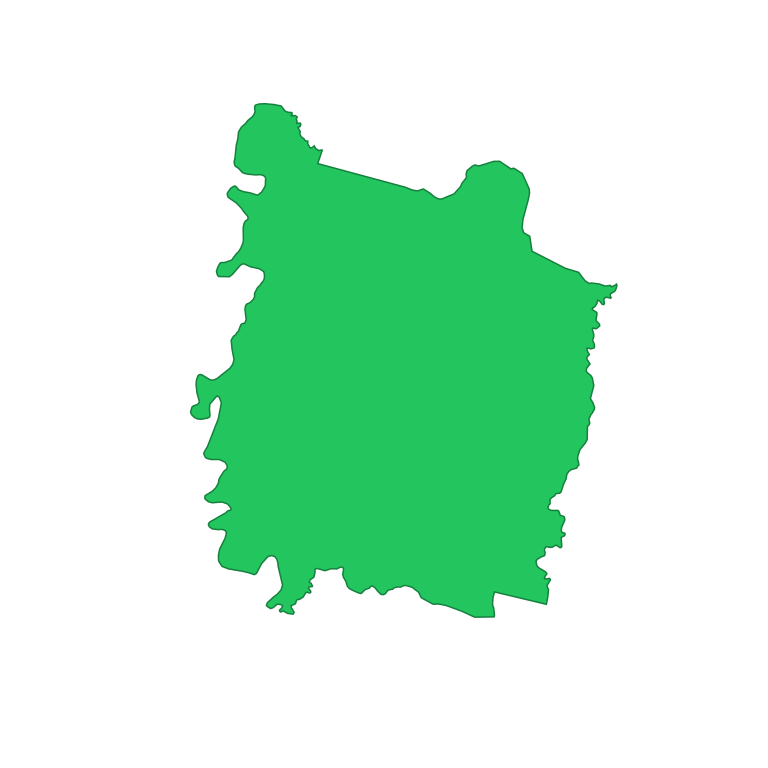 the district of Pisaflores, Hidalgo, Mexico, rotated 118°
{"feature_id": "50627088B64688657513585", "entity_name": "Pisaflores", "entity_type": "district", "adm_level": 2, "iso_a3": "MEX", "parent_name": "Mexico", "parent_adm1": "Hidalgo", "projection": "orthographic", "projection_center": [-98.985, 21.231], "detail": "fine", "context": "isolated", "style": "filled", "palette": "green", "viewbox_px": 768, "rotation_deg": 118, "n_neighbors": 0, "source": "geoboundaries", "source_scale": "gbopen_adm2", "svg_char_len": 6171}
<svg xmlns="http://www.w3.org/2000/svg" viewBox="0 0 768 768"><g transform="rotate(118 384 384)"><path d="M621.1,441.3L620.2,434.3L615.7,420.7L614.3,415.4L613.2,409.0L611.2,407.7L599.8,407.7L590.7,405.4L588.2,402.6L587.7,399.2L589.1,396.3L591.7,393.8L594.9,391.7L609.1,379.2L614.2,378.2L619.9,379.6L624.4,381.7L631.8,384.3L634.7,383.9L635.3,382.2L635.5,378.7L633.6,376.9L628.7,374.9L627.2,372.0L627.4,369.5L629.8,369.1L632.7,370.1L633.7,369.2L633.8,368.0L632.0,366.8L631.7,366.1L631.8,361.4L630.2,357.0L629.6,356.0L627.8,356.2L625.0,360.8L623.4,361.9L619.6,359.0L616.1,359.7L615.1,359.3L613.9,357.5L610.2,355.4L604.9,355.0L604.0,354.2L603.6,351.9L602.9,351.0L602.0,351.0L601.1,351.8L599.7,354.9L599.0,355.1L598.1,354.5L596.5,352.2L596.0,352.2L594.2,354.8L594.2,356.9L591.6,357.3L587.5,355.2L583.1,356.3L580.3,357.8L578.7,357.0L578.2,356.2L576.6,348.5L572.0,344.1L569.4,338.8L565.8,336.3L565.4,334.0L566.4,332.8L571.2,331.2L573.5,329.3L576.2,325.0L579.8,321.4L580.8,318.8L581.0,316.1L580.5,309.3L579.9,306.2L579.3,305.6L574.3,304.1L571.3,301.2L568.5,300.4L567.8,299.4L568.2,295.9L569.8,292.6L571.2,287.9L570.2,285.5L568.4,284.3L564.7,283.8L563.0,282.5L561.2,280.0L559.2,279.4L556.6,276.4L555.7,274.2L552.3,271.5L551.2,268.5L550.3,263.7L551.6,255.7L555.2,250.8L555.4,237.9L555.0,236.3L553.5,234.3L552.2,231.2L550.4,225.2L548.1,208.5L547.3,194.5L537.9,177.4L536.1,178.0L530.0,182.2L529.0,183.6L526.8,185.1L521.4,187.5L515.7,188.8L502.3,137.2L495.7,139.2L488.3,142.2L486.5,144.6L485.4,145.4L478.7,145.1L478.0,146.2L478.1,146.9L480.2,149.3L480.4,151.1L477.6,151.5L475.4,151.0L474.6,151.6L473.9,153.9L473.7,160.0L473.2,162.5L472.2,164.2L469.1,166.6L466.8,166.4L462.6,163.8L460.1,161.6L457.3,162.5L455.4,164.3L454.2,164.8L452.0,164.6L451.1,163.8L450.5,161.1L449.2,158.9L445.8,156.8L445.5,155.9L445.9,151.7L445.2,150.9L443.9,150.8L436.3,155.5L433.0,153.2L431.2,153.8L430.9,154.9L431.5,157.2L430.3,158.6L427.5,159.8L419.8,160.4L418.4,160.9L416.5,162.7L417.1,166.8L414.3,169.9L414.0,171.1L417.1,176.9L417.3,180.0L415.9,181.4L413.2,181.6L411.9,181.1L407.9,183.2L405.9,182.7L402.6,180.9L400.0,180.7L398.0,177.6L396.3,177.0L388.0,178.4L382.2,178.7L378.1,180.1L374.7,179.9L371.8,178.6L367.9,174.5L365.4,174.4L364.5,173.8L363.4,174.2L360.5,176.7L360.2,177.4L356.5,179.1L349.7,180.1L342.1,178.6L337.7,178.5L326.0,184.4L323.9,183.8L321.8,184.0L318.9,186.6L313.5,186.9L312.1,186.5L307.6,186.4L305.8,187.1L302.5,190.7L300.0,194.9L286.9,198.0L280.9,202.9L279.4,205.3L278.5,210.3L277.3,211.7L275.2,212.5L269.6,211.5L266.6,216.8L264.5,217.4L261.6,216.4L260.2,218.9L257.4,221.7L256.4,220.7L256.0,218.0L253.4,215.4L252.0,215.7L249.8,217.4L247.4,220.4L244.3,220.8L241.8,222.0L237.7,225.9L236.8,225.9L236.1,224.9L236.2,223.8L235.4,222.4L231.4,220.8L230.0,221.9L228.4,226.7L221.7,229.0L221.0,229.8L220.5,235.0L219.5,235.5L218.6,235.5L218.3,234.9L216.1,234.0L212.7,233.8L210.3,234.8L209.5,234.3L209.8,231.6L211.2,228.9L210.7,227.2L209.3,227.2L205.9,229.8L204.2,229.3L203.1,228.7L201.8,224.1L201.2,223.9L200.3,225.5L198.1,226.4L194.0,223.9L191.8,223.7L187.7,224.5L187.3,225.2L186.0,225.9L187.5,225.7L191.4,228.7L190.7,230.5L193.6,234.4L194.7,241.0L197.4,248.2L198.9,250.1L198.4,255.1L194.0,264.6L196.7,278.3L197.3,315.6L185.1,324.7L184.9,331.6L181.1,335.5L173.4,338.6L153.7,343.1L146.9,345.2L143.4,347.6L133.3,360.7L132.5,370.0L132.8,371.2L134.5,372.5L133.1,386.5L135.9,391.6L147.0,402.6L147.9,406.6L150.3,408.3L156.5,410.8L159.8,410.2L163.0,408.1L169.9,409.4L173.9,409.1L183.2,411.4L193.8,420.1L195.1,423.4L195.1,427.5L193.9,432.8L193.3,440.8L197.9,445.2L199.4,449.9L200.3,457.7L220.5,546.0L206.5,548.3L206.7,549.1L208.7,551.4L208.2,552.6L208.3,554.8L206.5,557.4L209.1,558.5L210.2,560.1L207.5,564.3L205.3,565.3L206.1,567.1L206.1,568.1L205.0,569.9L204.6,573.3L202.4,575.9L200.4,576.5L197.9,580.5L196.5,579.3L195.9,579.5L195.8,579.0L193.6,579.4L193.0,580.4L194.7,583.5L192.5,584.3L191.2,585.9L189.1,585.9L188.8,586.5L188.7,588.6L190.6,591.3L190.2,592.2L188.9,591.8L187.8,592.4L187.8,593.4L189.1,596.2L189.5,599.3L186.8,605.3L188.8,612.1L192.4,620.7L195.3,625.6L198.0,628.3L199.1,628.6L201.4,627.6L203.9,625.7L207.1,625.3L210.1,625.8L215.2,627.9L219.2,628.6L224.2,630.5L229.6,630.8L236.7,628.0L242.4,626.6L253.8,621.9L258.2,620.6L259.9,619.5L261.4,617.7L261.9,613.6L263.8,608.1L263.4,605.3L262.2,601.5L259.7,595.6L257.0,591.0L256.5,588.2L257.1,586.1L257.9,585.1L264.9,581.8L271.8,582.1L276.1,583.9L276.9,585.4L278.1,592.1L280.1,598.1L280.5,600.8L280.7,603.6L279.1,607.5L279.4,609.1L282.9,611.2L288.0,611.9L289.6,611.8L291.7,610.1L292.4,609.0L293.4,599.5L295.7,592.6L297.9,588.3L299.8,583.2L301.2,581.9L303.0,581.6L305.2,582.9L308.3,582.9L312.1,581.7L323.0,575.7L325.6,574.8L331.3,574.2L335.9,574.6L338.1,575.5L346.2,576.7L351.6,581.8L353.3,585.0L354.6,585.5L359.1,585.6L363.2,584.8L365.7,582.6L366.8,580.6L361.9,570.9L358.4,569.3L346.7,566.6L345.3,566.0L343.6,564.2L343.2,556.9L340.9,548.7L340.9,545.2L341.5,542.6L344.3,540.5L347.3,539.1L350.7,539.0L351.4,539.5L355.3,539.9L358.1,540.9L363.9,540.9L365.7,540.5L367.0,539.4L370.6,539.1L375.1,540.5L378.0,542.8L379.7,543.0L383.2,541.9L391.9,535.9L395.6,535.5L397.3,537.6L399.0,538.2L405.9,537.3L408.0,538.1L409.7,537.9L412.5,539.3L417.1,539.5L424.6,534.5L432.8,527.9L437.8,526.8L442.6,527.5L457.4,533.9L459.2,535.2L461.3,537.3L461.9,540.0L461.4,549.1L461.9,550.8L462.8,551.7L464.3,552.1L468.7,551.4L472.5,549.8L479.7,544.9L486.4,538.6L488.1,538.5L490.2,539.5L492.7,542.0L494.5,542.7L499.4,541.7L501.4,539.6L502.6,535.5L502.4,532.3L501.0,528.8L496.8,523.7L494.9,522.5L493.1,523.1L487.7,526.6L483.4,528.3L473.1,526.0L472.9,523.4L476.9,518.8L492.4,514.0L522.0,510.5L528.0,510.8L530.3,510.4L532.7,507.1L532.8,505.2L531.7,500.9L528.0,493.9L527.7,487.6L529.7,484.1L531.3,483.3L533.2,483.1L536.2,484.4L543.6,485.0L545.9,484.9L549.3,483.7L554.7,483.8L559.4,485.3L566.5,489.5L568.6,488.9L569.7,487.6L570.4,483.7L569.5,479.9L564.3,471.7L563.5,467.0L563.5,465.1L565.8,460.4L567.5,460.2L568.7,461.8L569.9,462.6L572.0,463.2L587.5,473.0L589.4,473.4L590.8,472.9L592.1,471.1L592.6,467.8L590.5,462.2L588.2,458.4L588.0,455.2L589.1,453.3L594.7,451.9L606.9,451.6L612.7,449.9L617.4,447.3L618.4,446.2L621.1,441.3Z" fill="#22c55e" stroke="#15803d" stroke-width="1.5"/></g></svg>